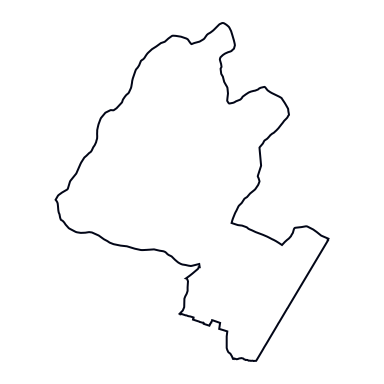 the district of Purmerend, Noord-Holland, Netherlands
{"feature_id": "6326949B8869090595059", "entity_name": "Purmerend", "entity_type": "district", "adm_level": 2, "iso_a3": "NLD", "parent_name": "Netherlands", "parent_adm1": "Noord-Holland", "projection": "mercator", "projection_center": [4.93, 52.542], "detail": "fine", "context": "isolated", "style": "outline", "palette": "ink", "viewbox_px": 384, "rotation_deg": 0, "n_neighbors": 0, "source": "geoboundaries", "source_scale": "gbopen_adm2", "svg_char_len": 5802}
<svg xmlns="http://www.w3.org/2000/svg" viewBox="0 0 384 384"><path d="M55.6,199.8L56.4,200.8L57.3,202.3L57.7,203.6L58.0,206.4L58.3,210.1L58.6,211.9L58.8,212.7L59.5,214.3L60.1,217.6L60.5,218.8L60.8,219.6L61.3,220.1L62.5,220.7L63.4,221.6L64.2,222.5L65.6,224.6L68.8,228.2L70.0,228.9L75.7,231.9L77.0,232.3L80.8,232.9L85.3,232.7L89.1,232.1L91.5,232.4L92.0,232.5L98.7,235.5L99.4,236.0L104.0,239.3L107.4,241.1L109.6,242.6L113.4,244.1L114.2,244.3L120.6,245.6L126.9,246.3L134.8,248.7L140.8,250.0L142.2,250.1L146.4,249.9L153.8,249.4L154.1,249.4L159.7,250.7L162.4,251.1L163.5,251.3L164.8,251.8L165.5,252.2L166.5,253.1L167.1,253.8L168.5,254.9L171.2,256.2L171.7,256.5L172.6,257.4L174.8,259.6L177.0,261.5L178.4,262.6L180.0,263.5L181.0,264.0L182.4,264.5L185.6,265.0L188.7,265.7L190.9,266.0L192.4,265.7L199.2,264.0L199.7,267.2L199.3,267.2L198.7,267.2L198.7,267.4L198.1,268.7L197.8,269.0L192.5,273.5L189.6,275.8L186.0,278.4L186.7,278.6L187.1,279.0L187.4,279.7L188.0,281.3L187.6,287.3L187.6,290.2L187.6,290.9L186.7,293.7L185.2,296.5L184.4,298.7L184.2,307.1L184.1,307.4L182.8,310.5L179.6,313.8L180.0,314.0L180.2,314.3L180.3,314.3L180.7,314.3L181.3,314.0L181.6,314.1L181.8,314.0L182.5,314.3L185.8,315.4L186.5,315.4L187.2,315.7L187.6,315.9L188.6,316.2L190.4,316.5L193.0,317.3L193.6,317.5L193.6,317.9L193.4,318.0L193.2,318.6L193.0,319.6L199.2,321.6L199.8,322.0L200.2,322.1L200.5,322.1L201.3,322.4L203.0,322.8L203.4,322.7L203.8,323.2L203.7,323.3L203.5,323.5L203.6,323.8L209.4,325.7L209.5,325.5L209.6,325.1L209.9,324.3L210.1,324.3L210.7,323.1L211.0,322.6L211.3,322.5L211.3,322.0L211.8,321.2L212.2,320.4L212.2,320.2L212.7,320.3L212.9,320.4L220.1,322.9L219.2,328.9L223.9,330.3L227.3,331.4L226.7,336.4L226.7,347.9L226.8,348.4L227.3,350.0L228.3,352.1L228.6,352.4L230.1,353.5L230.5,353.9L231.2,355.1L231.8,356.1L232.6,357.9L233.0,358.9L233.6,358.9L233.9,359.0L234.2,358.5L236.6,359.2L236.9,359.2L237.9,359.0L239.1,358.5L241.5,358.1L243.4,358.6L244.2,359.4L245.3,359.7L245.7,360.0L246.3,359.9L247.6,360.0L248.3,360.5L248.8,360.7L249.9,360.6L250.4,360.8L251.7,360.8L252.8,360.7L253.4,361.0L254.7,360.9L256.2,360.8L257.3,359.0L262.6,350.1L264.3,347.1L267.0,342.7L270.0,337.6L275.0,329.2L278.0,324.1L278.1,323.8L279.1,322.3L287.0,309.0L287.1,308.7L287.7,308.0L288.6,306.4L290.2,303.7L328.1,240.2L327.7,239.9L328.4,238.7L324.9,237.2L321.2,235.6L316.7,232.0L313.2,229.5L307.5,226.6L306.7,226.3L305.9,226.3L301.4,227.1L295.9,227.7L294.9,227.9L294.5,228.2L294.3,228.5L293.9,229.2L293.0,232.4L292.9,232.8L291.6,234.9L291.0,236.1L290.8,236.4L288.8,238.6L287.5,239.6L287.0,240.0L284.9,241.9L282.0,245.0L278.8,242.9L275.9,241.1L273.1,239.6L272.9,239.6L269.1,237.6L267.1,236.6L262.9,234.8L255.7,232.1L251.9,230.3L249.7,229.4L248.5,228.8L246.9,227.4L246.5,227.2L242.1,225.6L238.0,225.1L236.4,224.6L231.6,223.0L231.7,222.6L232.3,220.4L232.9,218.6L234.9,213.6L235.5,212.3L236.4,210.7L238.3,206.7L238.7,206.0L239.1,205.5L241.7,203.0L244.4,198.8L244.9,198.4L247.1,197.0L250.1,193.5L254.2,190.2L255.2,189.3L258.2,184.9L259.4,181.8L259.5,181.3L259.4,180.9L258.9,179.2L258.6,178.2L257.8,176.5L257.8,176.2L257.9,175.7L260.5,167.6L261.1,165.7L259.7,150.2L259.5,147.8L259.5,147.6L259.9,147.0L262.9,143.5L263.7,141.9L264.3,140.8L264.7,140.4L267.1,138.8L267.9,138.0L269.6,136.1L270.2,135.3L272.3,133.6L273.5,133.0L274.0,132.6L275.6,131.1L276.2,130.6L278.4,128.3L279.8,126.5L280.2,126.0L281.2,124.7L282.6,123.0L284.2,120.8L286.4,118.6L287.4,117.5L288.0,116.2L288.7,115.3L289.0,114.8L288.7,112.9L288.5,112.1L288.3,110.7L288.2,109.5L288.1,108.8L287.3,107.3L284.8,103.0L282.2,99.1L281.5,98.0L281.0,97.7L279.3,96.7L272.1,93.2L270.3,92.2L268.1,90.7L267.4,90.1L265.2,87.3L264.7,87.0L264.4,86.9L260.9,87.7L259.3,88.4L258.0,89.5L255.2,90.6L253.6,90.9L250.9,91.6L248.7,92.5L245.8,94.4L242.8,96.6L242.5,96.9L242.1,97.7L241.6,98.3L240.8,99.2L240.1,99.7L236.0,101.3L235.7,101.5L234.4,102.3L233.1,102.8L229.6,103.5L229.0,103.4L228.7,103.1L228.4,102.8L227.9,102.0L227.3,101.0L227.2,100.6L227.4,98.5L227.7,96.0L228.0,93.5L227.6,89.4L227.4,87.7L226.9,86.6L226.0,85.1L224.3,82.1L224.1,81.5L223.0,77.2L222.9,76.7L222.3,75.7L221.4,74.2L221.2,73.7L220.7,69.6L220.6,68.7L220.8,68.3L221.4,67.2L221.5,66.7L221.1,64.0L220.2,60.9L219.9,59.7L219.9,59.1L220.2,58.1L220.4,57.5L220.6,57.2L222.7,55.2L223.5,54.6L225.2,53.5L228.1,52.2L230.1,51.6L231.5,51.0L232.0,50.4L233.8,48.8L234.0,48.6L234.1,48.2L234.2,47.8L234.9,45.4L234.9,45.2L234.7,43.8L233.9,40.4L232.4,35.3L231.1,31.1L229.5,27.9L229.0,27.1L228.7,26.7L226.6,24.9L224.3,23.4L223.7,23.2L223.0,23.0L222.0,23.1L219.6,24.2L219.1,24.6L213.9,29.8L212.9,30.7L210.4,32.6L208.1,33.9L207.0,34.8L205.7,36.6L204.6,38.2L204.0,38.9L203.0,39.6L199.6,41.6L194.4,43.0L193.1,43.5L191.9,44.0L191.5,44.1L191.3,44.0L190.2,42.8L187.9,39.5L187.6,39.2L186.3,38.5L181.0,36.7L180.4,36.6L176.0,35.9L173.3,35.7L172.3,35.8L171.9,36.0L171.3,36.4L168.4,38.5L165.3,41.3L164.7,41.8L160.9,43.1L156.4,46.4L152.0,49.2L148.4,52.5L147.5,53.4L146.5,54.7L145.2,56.7L144.7,57.6L144.2,58.2L143.3,59.2L141.9,60.1L141.2,60.7L140.9,61.0L139.1,65.4L137.6,67.7L136.4,69.0L135.8,69.9L135.6,70.4L135.3,71.2L132.8,78.5L132.2,81.0L132.0,82.8L131.3,86.8L131.0,87.9L130.7,88.6L129.0,92.3L128.5,93.1L128.2,93.4L126.6,94.7L126.1,95.2L124.9,96.7L123.2,99.2L122.9,99.7L122.1,102.1L121.8,102.6L116.6,108.2L115.9,108.7L114.2,109.9L113.7,110.2L113.2,110.3L111.0,110.1L110.4,110.2L105.4,112.7L101.4,117.5L101.0,118.0L100.5,119.0L98.6,124.1L98.4,124.8L97.8,127.3L97.4,129.2L97.2,130.1L97.2,131.4L97.1,133.9L97.2,136.3L97.1,138.5L96.5,140.5L96.2,141.7L96.1,142.2L94.8,145.0L94.5,145.5L93.6,146.8L93.3,147.2L91.8,150.4L91.1,151.5L90.4,152.2L89.2,153.0L86.5,155.7L84.5,157.4L84.1,157.9L81.2,162.5L80.5,163.9L76.3,173.5L70.9,180.2L70.3,181.0L69.9,181.9L67.9,188.6L67.6,189.1L67.4,189.3L67.1,189.6L62.1,192.5L58.5,195.1L57.9,195.8L55.6,199.8Z" fill="none" stroke="#020617" stroke-width="2"/></svg>